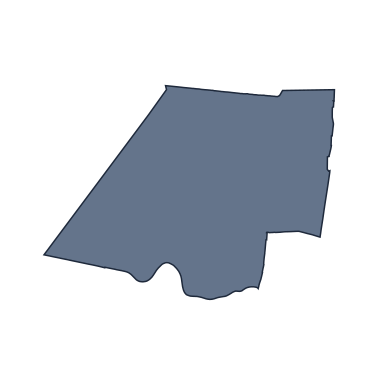 Bunschoten, Utrecht, Netherlands (Albers equal-area conic projection), rotated 262°
{"feature_id": "6326949B68264290320811", "entity_name": "Bunschoten", "entity_type": "district", "adm_level": 2, "iso_a3": "NLD", "parent_name": "Netherlands", "parent_adm1": "Utrecht", "projection": "albers", "projection_center": [5.355, 52.247], "detail": "fine", "context": "isolated", "style": "filled", "palette": "slate", "viewbox_px": 384, "rotation_deg": 262, "n_neighbors": 0, "source": "geoboundaries", "source_scale": "gbopen_adm2", "svg_char_len": 5735}
<svg xmlns="http://www.w3.org/2000/svg" viewBox="0 0 384 384"><g transform="rotate(262 192 192)"><path d="M150.4,36.7L136.3,75.8L135.8,77.2L135.1,79.1L133.7,83.2L131.9,88.1L131.2,89.9L129.1,95.1L129.6,95.3L127.6,100.9L126.8,103.2L126.3,104.7L125.6,106.4L124.1,110.8L124.1,111.0L123.9,111.4L123.0,113.8L122.4,115.3L122.2,115.8L121.7,116.7L121.5,117.1L121.1,117.7L120.7,118.3L120.0,119.0L119.8,119.3L119.1,120.0L118.8,120.2L118.5,120.5L116.6,121.9L114.3,123.6L113.7,124.0L112.6,124.9L112.4,125.2L112.2,125.4L112.0,125.6L111.8,125.9L111.4,126.5L111.0,127.1L110.9,127.4L110.7,127.7L110.6,128.0L110.3,129.0L110.1,129.9L110.0,130.3L109.9,131.1L109.9,131.5L109.9,132.3L109.9,132.7L109.9,133.6L110.0,134.3L110.1,134.7L110.3,135.5L110.6,136.1L110.8,136.6L111.0,137.1L111.3,137.6L111.6,138.2L112.1,138.8L112.5,139.4L113.3,140.4L113.6,140.8L114.1,141.2L114.4,141.5L115.0,142.1L118.0,144.7L119.2,145.7L119.7,146.2L120.0,146.5L121.0,147.6L121.4,148.0L122.0,148.8L122.8,149.9L123.2,150.4L124.0,151.5L124.5,152.2L124.7,152.6L125.0,153.4L125.1,153.7L125.2,154.0L125.3,154.5L125.5,155.2L125.6,156.0L125.6,156.5L125.6,157.0L125.4,157.9L125.3,158.3L125.2,158.7L125.1,159.0L124.9,159.4L124.3,160.3L123.9,161.0L123.7,161.2L123.5,161.5L123.0,162.2L122.2,163.2L122.0,163.4L121.8,163.6L121.2,164.1L119.4,165.4L118.6,166.0L118.1,166.3L117.2,166.8L115.4,167.8L115.2,167.9L113.7,168.4L112.2,168.9L111.5,169.0L110.3,169.3L109.1,169.4L107.7,169.5L104.1,169.5L101.3,169.5L100.2,169.5L99.8,169.5L97.7,169.7L96.2,169.9L95.7,170.0L94.6,170.3L94.0,170.5L93.5,170.7L92.7,171.1L92.5,171.3L92.1,171.5L91.9,171.6L91.6,171.9L91.1,172.2L91.0,172.4L90.7,172.9L90.3,173.6L90.0,174.2L89.8,174.5L89.5,175.2L89.3,175.5L89.2,176.0L89.0,176.4L89.0,176.7L88.9,177.1L88.8,177.6L88.6,178.4L88.4,179.6L88.1,181.1L88.0,181.6L88.0,182.0L87.8,182.7L87.6,183.3L87.3,184.2L86.7,185.8L86.5,186.4L86.1,187.3L85.5,188.5L85.3,189.0L85.0,189.6L84.4,190.8L84.0,191.8L83.6,193.1L83.3,194.3L83.2,194.5L83.1,195.8L83.1,196.6L83.0,196.8L83.1,197.0L83.1,197.9L83.2,199.0L83.3,199.7L83.4,200.2L83.8,202.3L83.9,203.3L84.0,204.5L84.1,208.5L84.1,209.3L84.1,209.8L84.1,210.2L84.2,210.4L84.2,210.7L84.3,211.5L84.4,211.9L84.5,212.1L84.7,212.6L84.8,213.0L85.0,213.5L85.4,214.6L86.4,216.9L86.7,217.5L87.0,218.2L87.2,218.8L87.4,219.4L87.5,219.9L87.6,220.2L87.7,220.6L87.7,220.9L87.8,221.1L87.8,221.5L87.7,221.9L87.7,222.1L87.5,222.9L87.1,224.7L87.0,225.1L87.0,225.4L87.0,225.7L87.0,226.0L87.0,226.7L87.2,227.2L87.2,227.4L87.4,228.1L87.6,228.3L88.9,230.9L89.0,231.3L89.2,231.7L89.3,232.0L89.5,232.7L89.7,233.5L89.8,234.4L89.8,234.7L89.9,235.0L89.9,235.9L89.9,236.3L89.9,236.8L89.8,238.2L89.6,239.1L89.6,239.6L89.3,240.6L89.1,241.3L88.8,242.2L88.6,242.6L88.4,243.0L88.0,243.5L87.7,243.7L87.4,244.0L87.2,244.1L89.1,244.9L90.8,245.5L91.9,246.0L92.8,246.4L93.7,246.9L94.6,247.3L95.0,247.5L95.4,247.8L98.6,249.1L102.5,250.6L102.7,250.4L106.2,251.6L108.0,252.3L109.7,252.9L110.3,253.1L110.6,253.0L110.9,253.0L113.0,253.4L116.7,254.3L121.4,255.6L122.3,255.7L123.2,256.0L134.4,258.6L134.5,258.8L134.5,259.0L134.4,259.3L134.5,259.3L141.1,260.7L141.3,260.7L141.4,260.2L141.6,260.3L141.7,260.5L141.4,262.2L141.1,262.5L141.0,262.9L140.9,264.0L140.8,265.3L140.7,265.9L140.6,268.2L140.3,269.1L140.2,270.3L139.9,273.6L139.8,276.2L139.8,276.5L139.7,278.4L139.2,282.7L139.0,284.6L138.6,289.0L138.5,290.0L138.3,291.7L138.3,291.9L138.2,292.2L138.2,292.3L138.0,292.9L136.1,297.5L134.8,300.5L134.1,302.3L132.9,305.3L132.4,306.3L131.5,308.2L129.5,312.5L133.1,313.6L136.7,314.6L147.9,318.0L156.6,320.5L158.2,321.0L159.0,321.2L180.5,327.7L192.1,331.1L193.9,331.5L193.6,330.3L195.6,329.1L208.0,331.0L208.1,332.7L208.8,332.7L208.8,332.8L209.2,332.9L209.7,333.2L215.3,335.4L217.0,336.0L218.7,336.5L218.8,336.2L224.9,337.3L226.2,337.5L228.2,337.9L228.1,338.6L230.2,339.1L232.1,339.6L235.7,340.5L238.9,341.4L239.6,341.5L240.4,341.6L241.7,341.5L245.7,341.3L246.5,341.3L251.4,342.0L253.4,342.3L253.8,342.4L255.7,342.7L256.2,342.9L256.5,343.4L256.5,343.9L259.9,344.6L261.5,344.9L262.6,344.6L262.4,345.4L264.3,345.6L265.6,345.9L273.5,347.3L279.9,295.8L276.2,292.9L275.6,292.3L275.4,292.1L275.1,291.5L275.0,291.3L274.9,290.9L274.6,290.2L274.6,289.9L274.8,288.9L274.8,288.6L275.3,287.0L275.4,286.5L275.5,285.9L275.6,285.5L275.8,284.7L275.9,284.0L276.1,283.4L276.3,282.8L276.4,282.3L276.7,280.7L276.8,280.4L276.9,279.8L277.0,279.4L277.1,279.2L277.3,278.3L277.3,278.0L277.5,277.6L277.6,277.4L277.7,277.0L277.8,276.6L278.0,275.6L278.0,275.4L278.0,275.0L278.1,274.5L278.3,273.7L278.4,273.2L278.5,272.7L278.5,272.4L278.6,271.8L278.6,271.5L278.8,271.0L279.0,270.2L279.4,268.9L279.5,268.0L279.6,267.6L279.9,266.3L280.2,265.6L280.3,265.1L280.4,264.7L280.5,264.1L280.8,262.7L280.9,262.3L281.0,262.0L281.1,261.7L281.3,261.3L281.5,260.8L281.6,260.6L281.7,259.7L281.7,259.1L282.0,257.3L282.0,257.0L282.1,256.5L282.3,255.9L282.4,255.6L282.5,255.4L282.5,255.0L282.6,254.8L282.7,253.8L282.8,253.4L282.9,253.2L283.1,252.7L283.3,251.8L283.4,251.5L283.6,250.7L285.2,244.4L285.3,244.1L286.0,241.3L286.1,240.9L286.3,239.8L286.5,238.9L286.9,237.2L287.1,236.7L287.2,236.0L287.6,234.3L287.7,234.2L288.5,231.1L289.0,229.1L289.1,228.5L289.2,228.1L289.5,227.4L289.6,227.2L289.8,226.4L289.9,226.2L289.9,225.8L290.0,225.4L290.1,225.0L290.3,224.3L290.3,224.1L290.6,223.1L290.7,222.5L290.8,222.2L291.0,221.3L291.4,219.5L291.5,218.9L291.7,218.2L291.9,217.3L292.0,216.9L292.1,216.5L292.1,216.3L292.2,216.0L292.5,214.9L292.6,214.6L293.0,213.5L293.1,213.0L293.2,212.5L293.3,212.0L293.6,210.5L293.8,210.0L293.9,209.3L294.1,208.7L294.3,208.1L294.3,207.9L294.4,207.5L294.4,207.3L294.5,206.9L294.8,205.7L295.1,204.6L296.2,200.0L296.6,198.3L297.7,194.1L299.3,187.6L301.0,180.6L296.9,181.0L274.6,159.8L211.1,96.9L150.4,36.7Z" fill="#64748b" stroke="#1e293b" stroke-width="1.5"/></g></svg>